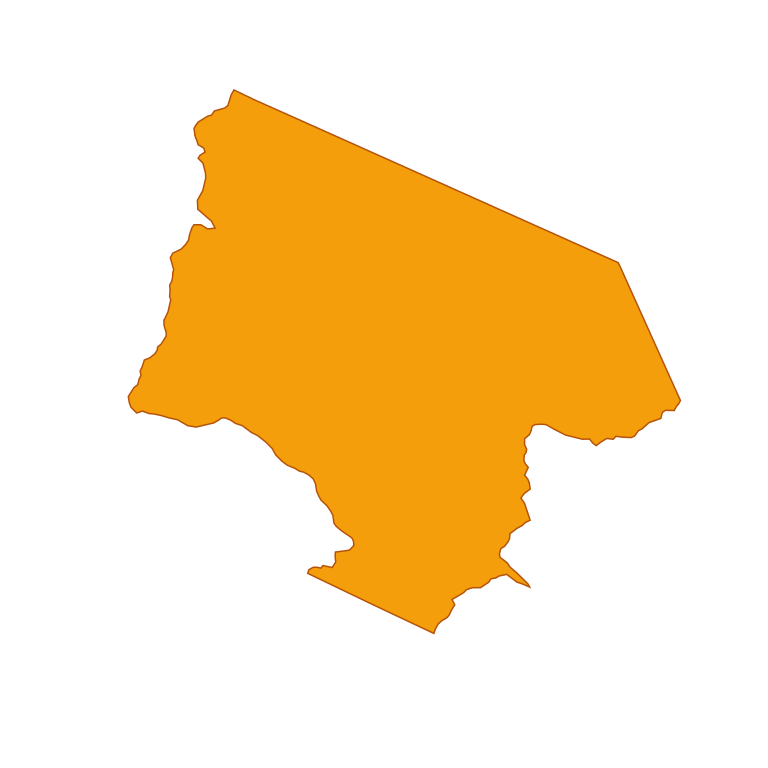 the district of Sapucaia, Pará, Brazil, rotated 114°
{"feature_id": "56859067B89433863096601", "entity_name": "Sapucaia", "entity_type": "district", "adm_level": 2, "iso_a3": "BRA", "parent_name": "Brazil", "parent_adm1": "Pará", "projection": "equal_earth", "projection_center": [-49.504, -6.834], "detail": "fine", "context": "isolated", "style": "filled", "palette": "amber", "viewbox_px": 768, "rotation_deg": 114, "n_neighbors": 0, "source": "geoboundaries", "source_scale": "gbopen_adm2", "svg_char_len": 2679}
<svg xmlns="http://www.w3.org/2000/svg" viewBox="0 0 768 768"><g transform="rotate(114 384 384)"><path d="M177.9,219.4L177.1,579.4L177.1,589.9L177.1,618.0L176.4,640.7L182.2,641.2L192.9,639.9L196.5,641.6L199.5,645.1L203.5,650.0L208.4,650.9L211.3,654.2L220.2,660.3L224.3,661.2L227.9,661.5L230.7,659.7L234.1,657.7L237.3,654.4L241.0,651.1L241.8,644.7L244.9,641.8L249.9,645.1L253.4,645.6L255.9,639.2L263.7,633.0L268.4,630.6L281.0,628.2L292.0,629.2L300.1,625.2L303.5,614.1L305.3,608.0L310.3,601.7L314.1,608.2L313.0,616.0L315.8,622.4L319.4,623.0L326.6,622.4L332.2,621.1L337.2,622.0L343.2,624.1L350.3,630.1L355.5,630.6L365.0,622.7L368.2,622.2L372.4,620.6L376.5,619.7L380.7,620.0L386.0,617.3L391.4,615.4L393.8,613.1L405.6,610.7L410.6,610.7L415.2,611.0L420.0,608.7L425.7,603.8L428.9,602.5L438.1,603.8L442.4,605.9L445.3,604.9L449.6,605.6L455.5,608.7L459.6,612.7L465.8,612.0L471.5,612.0L475.1,609.4L478.6,609.8L484.8,608.7L488.8,610.9L493.3,611.6L499.4,612.5L504.5,609.2L508.1,605.8L511.1,598.1L507.0,593.7L506.6,586.8L505.0,582.0L503.5,575.3L502.4,566.6L500.6,558.1L501.9,546.3L499.7,538.0L488.8,523.7L484.6,520.6L480.9,518.4L479.5,514.9L479.4,509.4L480.4,503.8L479.7,496.4L482.2,485.4L482.5,478.6L485.1,468.3L488.4,459.9L492.9,453.9L496.1,445.7L497.5,439.3L497.3,431.0L498.0,425.9L497.2,421.4L497.7,415.7L499.5,410.0L502.8,406.2L509.2,402.0L512.7,398.3L515.7,394.3L518.6,386.3L521.7,381.2L524.7,377.3L531.5,373.1L533.4,369.8L535.5,362.7L537.6,350.8L540.1,347.9L543.7,345.9L549.6,347.9L551.9,351.2L557.3,360.1L561.8,358.3L566.2,355.7L572.7,356.7L574.7,366.0L577.8,366.7L578.7,370.8L580.3,374.2L584.2,377.1L588.0,376.7L590.1,304.8L591.6,237.0L586.8,237.4L581.6,237.0L577.0,235.1L571.9,231.5L568.8,230.5L562.9,230.4L557.0,229.5L553.1,234.2L545.5,228.7L542.2,226.4L538.4,225.0L534.2,220.5L530.8,213.0L522.4,207.7L518.4,207.0L515.8,203.0L512.6,200.8L508.0,194.4L510.9,182.1L510.3,175.2L510.3,168.3L508.0,171.3L502.5,186.0L500.1,194.2L497.3,198.6L495.2,207.4L492.2,209.5L486.9,210.3L483.2,207.8L477.5,206.5L474.2,206.4L469.6,208.1L461.9,203.9L457.2,200.3L453.0,198.5L449.0,195.1L435.8,207.1L432.5,212.5L427.1,211.4L420.5,207.7L415.0,211.2L412.4,214.0L410.1,218.5L401.5,218.3L399.5,222.3L397.2,225.0L392.0,226.9L388.5,226.4L385.6,227.1L382.2,230.9L376.8,233.3L371.2,230.6L366.7,230.6L362.5,231.5L359.6,229.5L356.6,223.6L355.2,219.4L356.1,210.2L356.8,197.3L353.8,180.5L350.7,173.8L353.0,169.4L354.0,165.1L348.4,162.0L343.2,158.4L341.2,152.1L337.5,150.9L335.7,144.9L332.5,136.6L329.7,133.9L323.2,132.6L319.8,129.9L311.5,126.2L302.8,117.1L297.0,118.2L293.6,116.3L290.2,108.1L285.6,107.7L282.0,106.7L278.5,106.5L181.1,215.6L177.9,219.4Z" fill="#f59e0b" stroke="#b45309" stroke-width="1.5"/></g></svg>